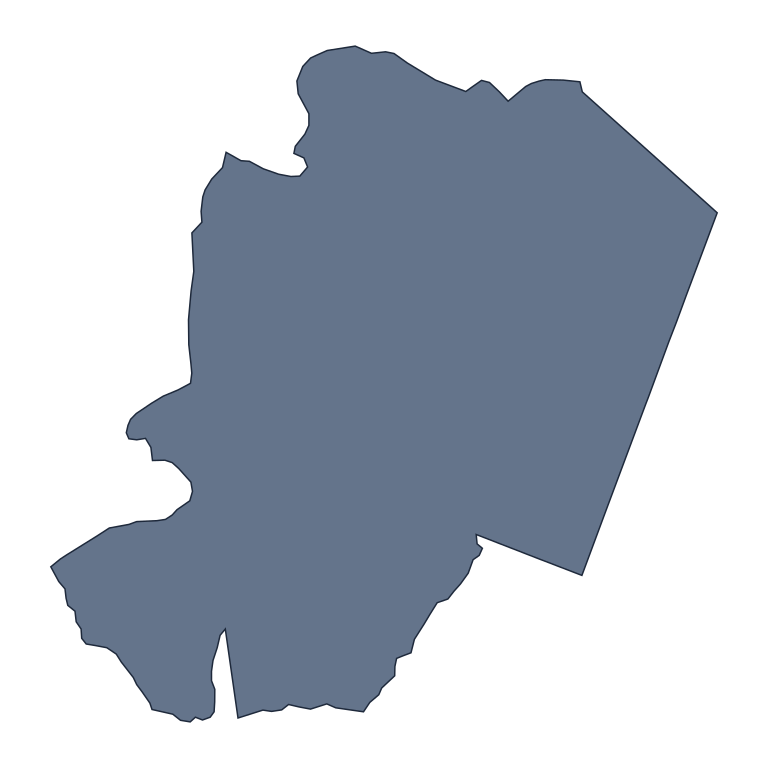 outline of Jataúba, Pernambuco, Brazil
{"feature_id": "56859067B12457133814695", "entity_name": "Jataúba", "entity_type": "district", "adm_level": 2, "iso_a3": "BRA", "parent_name": "Brazil", "parent_adm1": "Pernambuco", "projection": "mercator", "projection_center": [-36.582, -8.057], "detail": "fine", "context": "isolated", "style": "filled", "palette": "slate", "viewbox_px": 768, "rotation_deg": 0, "n_neighbors": 0, "source": "geoboundaries", "source_scale": "gbopen_adm2", "svg_char_len": 2001}
<svg xmlns="http://www.w3.org/2000/svg" viewBox="0 0 768 768"><path d="M385.6,51.8L371.5,53.3L355.2,46.1L327.2,50.5L316.6,55.2L310.6,58.0L302.8,66.4L296.9,81.0L298.2,93.8L308.9,113.7L308.9,125.4L304.9,134.1L295.3,146.3L293.9,153.4L303.9,157.9L307.6,167.0L299.8,176.1L290.9,176.5L278.6,174.2L263.3,168.8L249.4,161.3L241.0,160.7L226.1,152.3L222.5,167.6L211.7,179.1L205.1,189.9L202.8,196.9L201.1,211.3L201.9,222.2L191.9,232.9L193.8,271.4L191.1,290.9L188.5,319.8L188.8,344.7L190.9,363.3L191.8,373.2L190.5,383.3L177.9,390.0L163.3,396.1L151.6,403.2L136.3,413.5L130.6,419.3L128.0,425.3L126.3,432.8L128.9,438.8L136.7,439.8L145.5,438.4L150.9,447.4L152.5,460.5L164.9,460.2L172.2,462.6L178.8,468.6L190.9,482.1L192.5,491.4L189.8,500.8L177.1,509.6L172.2,515.0L165.5,519.4L156.9,520.7L136.6,521.6L129.0,524.4L109.3,528.0L97.3,535.8L67.1,554.6L60.5,558.9L50.8,566.8L58.8,581.6L65.0,588.9L66.1,598.3L67.8,605.4L75.0,611.2L76.2,621.8L81.1,629.0L81.7,638.3L86.2,644.0L95.7,645.6L106.8,647.7L116.3,654.1L121.4,662.2L125.3,667.2L133.3,677.5L136.7,684.6L142.0,691.7L149.9,703.1L152.0,709.5L162.2,711.8L172.8,714.2L180.5,720.3L190.2,721.9L195.4,717.2L202.5,720.0L210.2,717.2L214.1,711.8L214.7,701.8L214.8,689.3L211.5,680.7L211.5,671.3L213.0,660.5L217.2,647.7L220.1,635.3L225.3,629.0L238.0,718.0L262.9,710.1L271.6,711.4L281.7,709.9L288.6,704.5L298.9,706.9L310.5,709.1L326.8,703.9L335.7,707.8L363.5,711.8L369.8,702.4L378.8,694.7L381.7,688.0L394.7,675.8L394.9,666.5L396.6,658.4L403.0,655.8L411.0,652.8L414.4,639.3L424.2,623.9L429.7,614.7L437.2,602.7L447.9,599.0L453.9,591.3L460.5,583.9L468.2,573.2L473.1,559.7L479.2,555.4L482.4,548.3L477.1,543.9L476.2,534.5L539.0,558.9L581.9,575.4L605.8,511.0L645.7,404.2L648.4,397.2L669.0,341.3L676.4,322.2L686.3,295.3L717.2,212.8L695.3,193.1L582.3,91.9L579.9,81.8L563.3,80.1L545.3,79.7L539.0,81.1L531.4,83.5L525.7,86.5L508.1,101.2L499.4,91.9L489.5,82.5L481.5,80.4L471.5,87.4L465.8,91.5L435.5,80.1L407.3,63.0L394.0,53.5L385.6,51.8Z" fill="#64748b" stroke="#1e293b" stroke-width="1.5"/></svg>